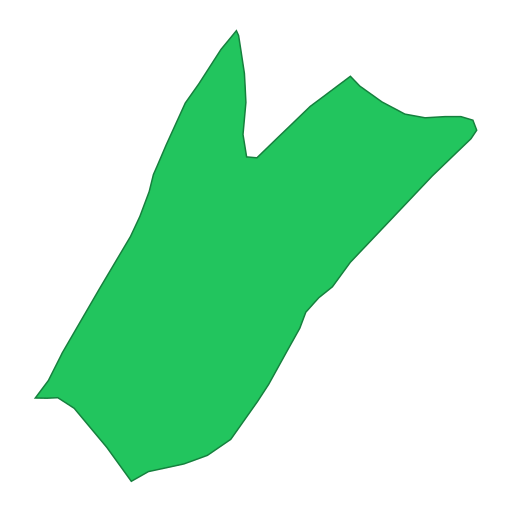 Al-Thawra, Baghdad, Iraq (Equal Earth projection)
{"feature_id": "34846034B91170973982462", "entity_name": "Al-Thawra", "entity_type": "district", "adm_level": 2, "iso_a3": "IRQ", "parent_name": "Iraq", "parent_adm1": "Baghdad", "projection": "equal_earth", "projection_center": [44.467, 33.386], "detail": "fine", "context": "isolated", "style": "filled", "palette": "green", "viewbox_px": 512, "rotation_deg": 0, "n_neighbors": 0, "source": "geoboundaries", "source_scale": "gbopen_adm2", "svg_char_len": 865}
<svg xmlns="http://www.w3.org/2000/svg" viewBox="0 0 512 512"><path d="M35.3,398.0L46.9,398.2L57.8,397.7L74.2,408.3L106.9,447.5L131.3,481.3L148.4,471.6L184.0,463.9L207.5,455.3L230.8,439.3L257.5,401.5L268.7,384.3L287.7,349.9L299.8,328.2L305.8,312.2L318.8,297.7L332.4,286.8L350.3,262.3L394.4,215.9L432.2,176.0L471.0,138.7L476.7,130.2L472.9,120.2L460.9,116.6L445.3,116.6L425.1,117.8L404.9,114.1L381.9,101.9L369.2,92.8L359.8,86.1L350.4,76.3L339.7,84.3L330.1,91.5L321.2,98.2L310.2,106.4L304.6,111.8L299.1,117.1L278.3,137.1L262.9,152.0L256.9,157.8L246.6,156.9L243.0,134.5L245.9,102.5L245.1,86.0L244.4,73.4L241.0,51.0L239.5,41.3L238.6,35.6L236.4,30.7L221.0,49.4L198.8,83.9L185.3,103.0L166.3,144.7L157.4,165.5L153.4,174.6L149.2,191.6L139.9,216.4L130.5,236.5L99.4,288.9L62.2,353.0L60.9,355.7L48.4,380.5L35.3,398.0Z" fill="#22c55e" stroke="#15803d" stroke-width="1.5"/></svg>